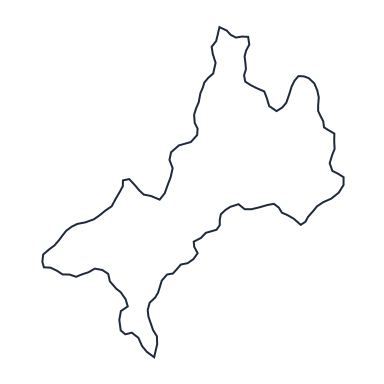 Bela Vista de Minas, Minas Gerais, Brazil (Mercator projection), rotated 88°
{"feature_id": "56859067B3300514991287", "entity_name": "Bela Vista de Minas", "entity_type": "district", "adm_level": 2, "iso_a3": "BRA", "parent_name": "Brazil", "parent_adm1": "Minas Gerais", "projection": "mercator", "projection_center": [-43.103, -19.806], "detail": "fine", "context": "isolated", "style": "outline", "palette": "slate", "viewbox_px": 384, "rotation_deg": 88, "n_neighbors": 0, "source": "geoboundaries", "source_scale": "gbopen_adm2", "svg_char_len": 2075}
<svg xmlns="http://www.w3.org/2000/svg" viewBox="0 0 384 384"><g transform="rotate(88 192 192)"><path d="M355.8,235.6L342.8,232.1L335.0,232.1L328.7,235.7L321.9,237.8L314.9,239.9L308.5,240.4L301.2,238.2L296.2,232.5L291.4,229.4L286.2,227.6L279.5,225.3L273.6,219.8L272.8,213.9L268.9,210.1L264.1,205.7L263.0,198.9L259.1,192.9L253.4,188.5L246.8,191.7L241.7,192.0L238.3,184.8L233.3,179.6L230.6,168.8L226.1,165.4L220.5,165.2L215.2,163.9L211.2,159.3L208.2,154.3L205.8,146.0L211.0,140.0L211.3,133.2L209.6,124.9L207.6,116.9L206.7,110.6L210.7,105.7L215.8,102.9L218.3,97.6L222.2,91.3L228.6,84.5L225.8,79.8L220.8,76.8L215.1,71.4L210.7,67.6L206.7,61.1L203.5,53.1L197.8,45.4L190.3,40.3L182.5,40.0L178.9,45.3L175.8,51.0L168.0,53.4L159.3,50.4L154.1,48.0L146.2,48.1L138.6,47.7L135.2,53.1L132.0,57.8L125.8,58.4L120.4,61.0L115.4,63.1L109.7,62.9L101.8,62.0L95.1,63.2L87.8,65.9L82.4,71.2L80.3,76.2L79.9,81.6L84.4,85.7L89.9,88.7L97.4,91.3L106.0,94.6L110.7,98.8L114.1,104.7L108.8,111.9L100.6,114.0L94.0,116.3L90.4,123.9L87.6,129.0L83.6,134.9L77.2,135.9L71.1,133.8L65.1,134.1L58.3,134.7L52.4,132.9L46.7,129.6L38.9,130.5L38.4,136.8L39.2,142.7L36.2,148.0L31.9,151.6L28.2,158.8L36.7,161.1L42.0,162.6L47.6,167.3L54.8,166.4L63.8,163.9L74.4,166.7L78.5,171.8L83.1,175.9L87.9,177.5L93.7,180.2L102.4,182.1L108.8,185.1L114.9,187.2L123.0,186.9L128.8,184.2L135.3,184.9L142.0,191.4L145.0,203.5L151.5,211.5L159.1,213.4L167.5,210.5L176.4,212.8L185.0,216.4L192.3,219.3L198.5,224.6L194.6,233.0L192.9,240.3L188.7,244.5L183.0,249.0L176.9,254.3L178.0,260.6L183.7,260.9L188.7,263.8L196.5,268.7L203.5,272.8L207.4,279.0L211.9,284.9L215.8,290.9L218.6,299.5L219.9,307.8L222.5,313.5L226.3,319.0L230.6,322.7L235.4,326.5L240.6,331.3L244.5,337.0L249.3,342.9L256.6,344.0L262.1,342.6L262.7,336.0L266.1,329.5L269.9,324.2L270.2,317.3L272.7,310.8L270.5,304.9L268.6,298.3L265.2,291.8L266.8,284.4L270.9,278.6L278.4,277.2L285.9,271.2L289.6,266.8L296.8,262.1L304.1,260.2L308.5,267.2L317.2,269.1L327.8,268.1L331.9,263.6L330.5,257.1L335.8,250.7L344.2,247.3L350.1,242.8L355.8,235.6Z" fill="none" stroke="#1e293b" stroke-width="2"/></g></svg>